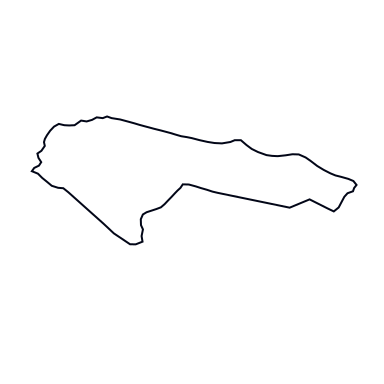 outline of Pitimbu, Paraíba, Brazil, rotated 279°
{"feature_id": "56859067B97303044922384", "entity_name": "Pitimbu", "entity_type": "district", "adm_level": 2, "iso_a3": "BRA", "parent_name": "Brazil", "parent_adm1": "Paraíba", "projection": "equal_earth", "projection_center": [-34.838, -7.446], "detail": "fine", "context": "isolated", "style": "outline", "palette": "ink", "viewbox_px": 384, "rotation_deg": 279, "n_neighbors": 0, "source": "geoboundaries", "source_scale": "gbopen_adm2", "svg_char_len": 1432}
<svg xmlns="http://www.w3.org/2000/svg" viewBox="0 0 384 384"><g transform="rotate(279 192 192)"><path d="M194.2,179.9L198.1,181.7L198.9,187.7L198.1,195.0L197.3,200.1L196.5,206.6L195.6,212.1L195.2,217.3L192.7,271.9L191.8,290.9L203.1,309.3L197.0,328.4L195.0,335.1L199.7,339.3L211.1,343.2L215.1,345.8L217.9,350.9L221.3,351.5L224.7,353.4L228.1,349.7L229.4,344.4L230.3,336.8L230.8,331.1L232.1,325.7L234.4,318.7L237.3,311.6L241.3,304.2L243.9,298.8L245.8,291.6L245.0,285.3L242.9,278.8L240.8,271.0L240.2,265.4L240.1,259.8L241.8,250.9L243.9,244.2L246.9,238.5L250.8,232.2L249.9,226.2L247.4,222.1L244.7,214.0L243.9,206.6L243.9,199.5L244.4,191.3L245.2,183.3L245.4,178.3L245.4,172.6L246.1,167.0L246.9,161.3L247.9,151.6L248.5,144.6L249.0,140.0L249.5,135.1L250.1,129.6L250.8,124.4L251.4,119.1L252.4,109.7L252.4,101.0L253.3,96.3L251.0,92.3L250.8,86.2L247.6,82.0L245.2,76.9L245.2,71.3L239.6,65.6L238.5,60.2L238.0,55.4L238.4,49.8L235.0,45.5L230.3,42.3L225.4,39.9L221.4,38.4L218.1,38.0L214.5,39.4L209.1,36.8L205.8,33.3L201.7,35.0L197.9,38.4L194.1,36.7L191.1,32.4L187.5,30.6L186.0,37.0L182.5,41.8L179.2,47.5L176.2,52.5L175.2,59.1L175.6,64.3L172.4,69.9L146.7,109.8L138.9,121.3L130.7,139.0L131.5,144.6L135.2,150.9L140.6,149.1L147.4,149.4L151.3,146.8L157.1,145.7L162.1,147.0L164.9,150.3L167.2,154.8L169.5,159.3L172.0,163.7L175.8,166.9L179.6,169.5L184.0,172.6L188.2,175.4L191.2,177.5L194.2,179.9Z" fill="none" stroke="#020617" stroke-width="2"/></g></svg>